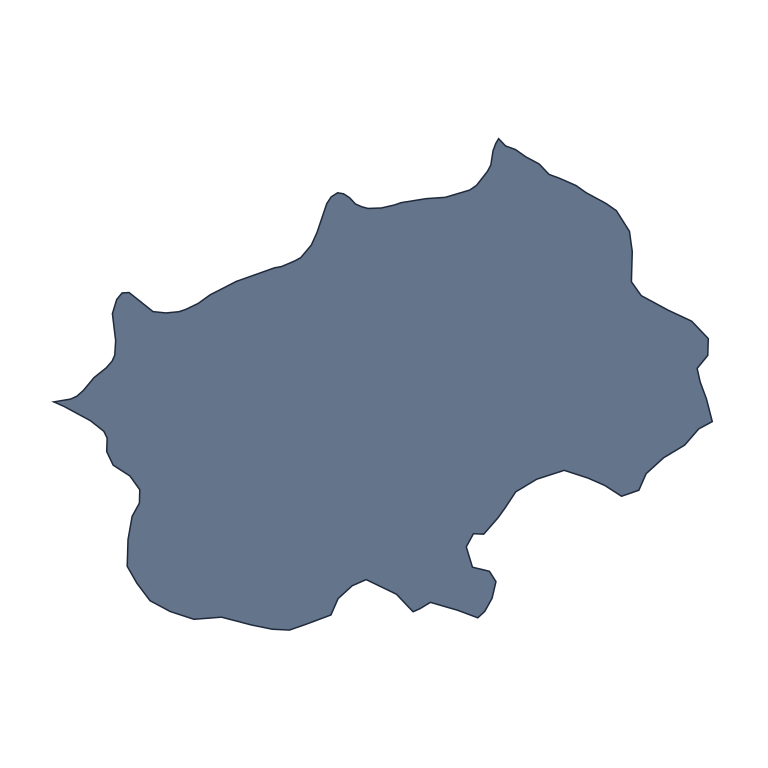 the district of Hwaphyong, Chagang-do, North Korea, rotated 272°
{"feature_id": "82179303B2578505364646", "entity_name": "Hwaphyong", "entity_type": "district", "adm_level": 2, "iso_a3": "PRK", "parent_name": "North Korea", "parent_adm1": "Chagang-do", "projection": "robinson", "projection_center": [126.952, 41.219], "detail": "fine", "context": "isolated", "style": "filled", "palette": "slate", "viewbox_px": 768, "rotation_deg": 272, "n_neighbors": 0, "source": "geoboundaries", "source_scale": "gbopen_adm2", "svg_char_len": 1675}
<svg xmlns="http://www.w3.org/2000/svg" viewBox="0 0 768 768"><g transform="rotate(272 384 384)"><path d="M165.6,344.7L168.0,345.7L181.3,359.3L187.9,373.0L174.3,403.8L157.4,421.0L160.7,427.8L167.4,438.0L163.9,451.7L160.5,465.3L153.6,485.9L160.3,492.7L173.7,499.5L190.4,502.8L200.5,495.9L204.0,478.8L224.1,471.9L237.5,478.6L237.4,488.9L254.1,502.5L264.1,509.2L280.8,519.4L294.1,539.8L304.0,567.1L297.1,591.1L290.3,608.2L280.1,625.3L286.7,642.4L303.5,649.1L320.1,666.1L333.4,686.6L350.1,700.1L357.9,713.4L380.3,706.8L397.1,699.9L410.5,696.4L423.9,706.6L440.7,706.5L457.5,689.3L467.7,665.4L474.5,651.7L481.3,638.0L494.8,627.7L508.2,627.6L525.0,627.5L545.1,624.0L565.3,610.2L572.0,599.9L582.2,579.4L589.0,569.1L595.8,552.0L599.2,541.7L609.3,531.4L616.0,517.7L622.8,507.4L626.2,497.1L633.2,490.0L628.3,487.3L620.8,484.8L606.5,483.1L600.0,479.9L585.6,469.4L580.8,462.8L572.7,438.7L570.7,419.5L565.8,394.6L563.3,388.3L559.8,375.1L558.9,361.8L560.4,355.5L562.9,349.2L568.9,343.2L572.7,336.9L573.5,331.0L569.2,324.7L562.3,320.5L533.2,311.8L520.3,306.5L507.4,296.4L503.7,290.1L497.7,277.2L496.3,270.5L481.4,232.8L467.1,207.2L458.0,195.4L451.4,182.8L449.1,176.5L447.4,163.5L448.3,150.6L466.5,126.1L465.9,119.1L459.1,113.9L444.8,110.1L418.0,114.3L403.4,113.9L397.4,111.5L390.5,105.9L380.3,94.0L367.1,83.8L361.1,77.5L358.0,71.3L354.6,54.6L350.6,64.6L343.8,78.3L337.0,92.0L326.9,105.7L320.2,109.2L306.8,109.2L293.4,116.2L283.2,133.3L269.8,143.6L256.4,143.7L243.0,136.9L219.6,133.6L192.9,133.7L176.1,144.1L159.2,157.8L149.1,178.4L142.2,202.3L145.3,229.7L138.4,260.5L135.0,281.0L134.8,298.1L141.4,315.1L151.3,339.0L165.6,344.7Z" fill="#64748b" stroke="#1e293b" stroke-width="1.5"/></g></svg>